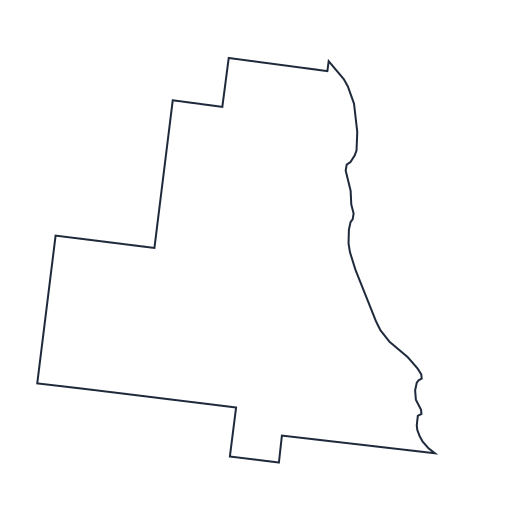 Ontonagon, Michigan, United States of America (orthographic projection), rotated 97°
{"feature_id": "52423323B11182696973268", "entity_name": "Ontonagon", "entity_type": "district", "adm_level": 2, "iso_a3": "USA", "parent_name": "United States of America", "parent_adm1": "Michigan", "projection": "orthographic", "projection_center": [-89.321, 46.682], "detail": "fine", "context": "isolated", "style": "outline", "palette": "slate", "viewbox_px": 512, "rotation_deg": 97, "n_neighbors": 0, "source": "geoboundaries", "source_scale": "gbopen_adm2", "svg_char_len": 766}
<svg xmlns="http://www.w3.org/2000/svg" viewBox="0 0 512 512"><g transform="rotate(97 256 256)"><path d="M408.8,407.2L408.8,257.3L458.2,257.5L458.2,208.1L431.1,208.4L430.0,54.4L425.8,61.4L419.8,68.1L414.6,71.8L409.0,74.7L404.6,75.8L394.9,75.9L392.6,72.5L388.4,73.5L379.2,79.8L369.9,81.7L362.2,81.0L359.5,79.4L357.5,76.6L353.4,77.5L347.9,82.0L337.9,93.1L324.9,113.0L314.5,123.5L306.1,129.0L257.8,155.5L240.8,163.2L232.2,165.7L218.6,167.0L210.8,166.3L207.7,164.5L201.9,164.3L193.3,167.7L179.8,170.0L160.3,177.4L154.2,177.1L151.3,173.7L144.1,170.3L139.0,169.1L120.6,170.6L92.8,177.3L76.5,185.5L69.9,190.3L53.8,207.6L63.8,207.7L62.8,307.2L112.1,307.6L111.6,357.6L260.4,357.8L260.2,457.4L409.1,457.6L408.8,407.2Z" fill="none" stroke="#1e293b" stroke-width="2"/></g></svg>